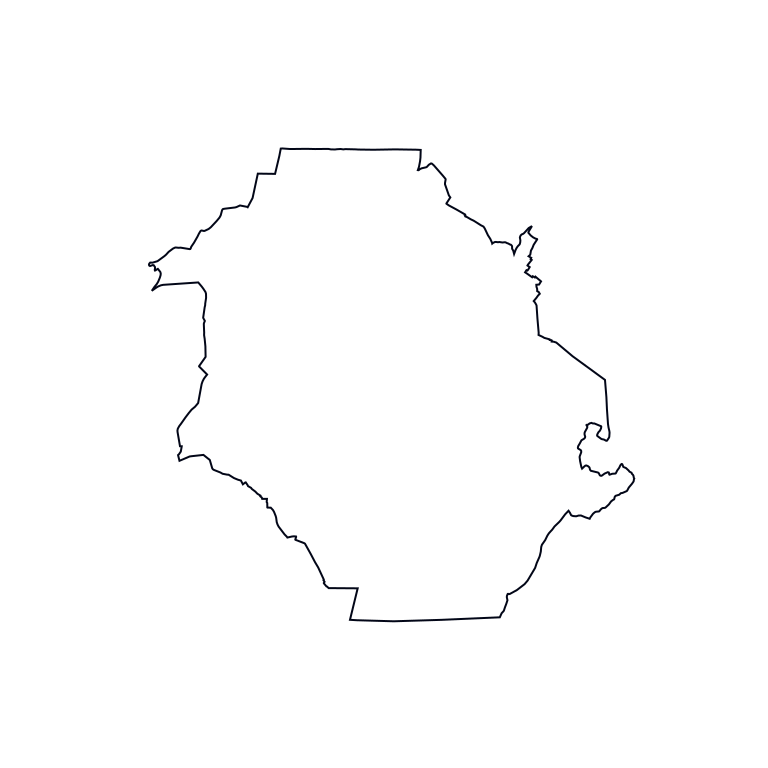 Uthai, Phra Nakhon Si Ayutthaya, Thailand, rotated 213°
{"feature_id": "78962969B29377906715784", "entity_name": "Uthai", "entity_type": "district", "adm_level": 2, "iso_a3": "THA", "parent_name": "Thailand", "parent_adm1": "Phra Nakhon Si Ayutthaya", "projection": "equal_earth", "projection_center": [100.697, 14.357], "detail": "fine", "context": "isolated", "style": "outline", "palette": "ink", "viewbox_px": 768, "rotation_deg": 213, "n_neighbors": 0, "source": "geoboundaries", "source_scale": "gbopen_adm2", "svg_char_len": 6130}
<svg xmlns="http://www.w3.org/2000/svg" viewBox="0 0 768 768"><g transform="rotate(213 384 384)"><path d="M345.9,597.0L347.6,593.6L348.7,586.8L349.1,585.7L350.0,584.4L350.3,583.0L350.1,581.7L349.8,580.8L347.9,578.8L347.0,577.2L346.5,575.8L346.3,574.9L346.8,572.5L346.9,570.7L346.7,568.3L345.7,563.9L348.2,566.2L350.2,567.2L351.5,569.1L352.1,569.6L353.4,569.9L354.4,569.6L356.3,569.5L357.3,569.2L359.2,569.0L360.0,568.6L361.7,567.2L364.6,565.9L365.6,565.0L367.5,564.1L368.3,563.5L369.4,561.7L369.7,560.7L370.3,561.3L373.9,563.6L377.9,565.4L384.2,569.3L386.3,570.2L389.2,569.9L397.8,569.8L400.8,569.4L405.3,569.2L407.1,568.8L407.3,568.9L407.5,569.7L408.3,569.7L408.4,570.3L418.2,569.8L426.8,569.1L429.8,569.2L430.0,569.4L430.0,576.6L432.3,577.5L441.6,584.7L442.3,585.8L443.7,589.1L444.1,589.5L448.2,590.8L461.2,594.5L463.8,594.9L464.7,594.6L465.8,592.3L466.3,589.4L466.7,588.7L469.8,585.5L470.6,584.3L471.1,583.3L471.3,582.4L471.6,582.0L472.1,581.8L472.9,585.1L475.1,590.5L476.7,593.7L480.7,600.3L484.5,598.1L502.5,586.8L520.3,574.8L533.3,566.6L535.3,565.5L544.4,559.9L545.9,558.6L548.3,557.5L551.3,555.3L552.7,554.1L556.2,551.9L558.8,550.8L569.8,543.5L577.1,539.0L590.6,530.0L597.5,526.2L598.8,525.2L596.0,518.3L589.8,500.9L604.4,491.7L595.5,468.4L594.6,458.0L595.3,458.0L602.0,455.3L604.1,452.0L605.1,450.9L612.9,444.4L614.3,443.1L614.5,442.3L614.4,441.4L612.8,436.5L612.6,434.0L613.1,429.7L614.6,421.2L615.5,418.5L617.8,414.8L618.3,414.3L620.6,413.4L621.0,412.9L621.2,412.2L621.1,409.3L620.7,406.1L620.3,399.1L620.4,394.1L620.0,392.5L620.0,391.7L620.4,391.3L628.8,387.6L630.4,386.4L633.1,385.0L633.6,384.5L634.7,382.7L636.2,378.6L636.6,377.5L637.2,373.8L637.8,371.7L640.6,364.3L640.9,363.6L644.2,359.7L646.2,358.5L646.4,357.3L646.3,356.4L645.5,355.5L644.5,355.5L642.6,357.9L641.8,358.2L639.7,357.3L639.1,356.4L638.4,354.8L637.9,354.4L637.6,354.7L636.6,357.1L636.4,357.4L632.8,356.2L632.3,355.9L631.3,354.9L630.6,353.5L629.9,351.1L629.1,346.8L629.0,344.1L629.4,340.5L629.5,335.7L627.7,340.3L626.7,342.5L624.9,345.2L623.2,346.9L595.1,368.0L590.1,366.5L587.4,365.5L583.8,363.9L582.4,362.7L580.1,359.3L577.7,354.0L576.9,352.7L576.2,350.7L571.8,341.2L571.5,340.9L568.6,339.3L568.1,336.8L567.6,335.9L562.9,329.3L561.5,327.0L559.0,324.2L554.3,318.3L548.4,309.6L548.8,298.3L548.6,298.0L537.5,295.6L537.8,292.4L537.9,290.3L537.6,287.4L536.9,284.6L529.5,266.8L530.1,262.0L531.4,257.7L531.9,253.4L532.3,247.9L532.6,239.8L532.8,237.3L532.6,234.3L531.9,232.5L531.0,231.3L521.2,220.7L519.7,221.6L517.6,216.6L517.7,213.4L518.0,212.2L513.7,208.2L507.5,217.4L506.0,218.7L496.8,226.2L488.7,225.4L482.1,219.7L481.1,219.3L479.9,219.3L472.9,220.7L470.5,220.8L466.3,222.5L464.9,223.3L458.6,223.4L454.3,224.2L451.4,225.1L447.7,223.0L446.7,225.9L446.4,226.2L443.3,224.9L442.4,224.3L438.9,224.5L437.7,224.0L433.4,223.7L430.4,223.0L426.8,223.1L426.6,222.4L424.6,222.2L423.6,221.3L419.6,223.9L418.1,221.1L417.1,220.6L414.6,216.9L414.4,216.9L411.6,218.6L408.4,217.8L406.5,216.8L403.1,214.4L401.7,213.2L398.7,209.7L396.8,208.2L394.7,207.0L385.5,203.7L382.3,203.0L381.4,202.6L378.2,205.9L376.6,207.2L374.7,208.2L374.4,207.9L373.7,205.3L373.4,205.1L364.0,207.1L363.2,207.0L352.8,201.5L344.8,197.0L339.3,194.3L328.0,187.2L327.8,187.0L327.9,186.5L326.1,185.7L326.1,184.3L325.9,184.1L322.0,182.9L321.5,183.1L319.9,182.8L319.2,182.7L318.9,182.9L294.8,198.3L284.1,167.7L278.1,171.1L246.6,190.3L207.5,217.4L159.8,251.4L160.5,255.8L160.0,258.7L160.1,259.5L160.9,262.5L161.7,266.2L162.7,269.9L164.8,272.0L165.4,273.0L165.6,273.6L165.9,275.3L165.7,275.6L165.1,275.7L164.5,276.1L164.1,276.5L160.3,283.6L157.1,292.7L156.5,297.3L157.1,312.1L158.4,317.0L159.5,323.8L159.8,324.9L161.2,328.8L163.4,333.0L164.0,335.2L163.8,340.9L164.4,345.8L164.4,348.5L164.0,351.2L163.6,353.4L163.4,357.4L161.9,363.8L161.6,365.8L161.1,373.4L160.2,378.2L158.0,377.3L155.6,375.9L154.5,376.0L153.4,376.3L150.8,377.7L149.1,379.7L147.2,381.0L142.3,381.9L138.1,383.0L138.3,384.3L138.0,389.1L137.3,391.4L136.7,392.3L134.3,394.2L134.1,394.8L133.9,396.9L133.4,398.5L133.0,399.1L131.3,400.4L130.9,401.1L129.8,405.5L129.6,409.2L128.9,411.3L128.2,412.6L128.3,413.1L129.0,414.9L128.9,416.3L126.4,419.3L125.9,421.4L124.6,422.6L122.1,426.4L122.0,427.2L122.3,430.5L121.7,435.3L121.6,437.7L121.7,438.5L122.4,440.0L122.6,441.0L123.3,441.3L124.8,442.9L125.7,443.4L127.1,443.7L128.1,444.4L130.3,444.2L131.8,444.7L135.3,445.3L138.1,444.8L140.3,446.4L140.8,446.5L141.1,446.4L141.3,446.0L141.5,444.6L141.1,441.8L141.3,438.4L141.0,435.9L141.0,435.2L141.3,434.8L143.7,433.0L145.4,430.8L145.8,430.8L146.7,431.8L147.3,432.2L148.3,431.9L150.2,429.0L151.4,425.8L151.7,425.4L152.5,425.0L153.3,425.0L155.3,426.2L156.3,426.3L163.2,423.9L164.5,424.3L166.1,425.8L166.6,426.0L168.5,426.2L170.1,425.8L170.7,425.1L171.1,423.9L171.8,420.9L173.3,421.9L177.5,426.1L180.2,429.3L180.5,430.1L181.4,434.1L182.1,435.2L183.0,435.7L185.8,435.6L186.3,435.7L186.8,436.3L187.3,437.7L187.4,440.7L187.7,443.9L187.7,444.4L186.4,447.1L186.2,448.4L186.5,449.3L188.3,450.9L189.1,452.1L189.4,453.2L189.7,457.3L189.8,458.1L190.1,458.7L190.5,459.1L191.8,459.8L191.6,460.3L191.0,460.4L190.1,462.9L188.8,464.4L187.5,464.6L186.0,465.5L178.9,466.8L178.5,466.5L177.8,464.9L177.5,462.5L177.9,460.3L177.7,458.1L177.4,457.1L176.8,456.6L172.0,456.3L171.3,456.4L169.3,457.2L166.7,457.4L166.1,458.0L166.1,461.6L166.3,462.4L168.3,466.0L169.4,467.3L172.0,469.8L174.4,472.5L183.3,484.3L190.4,494.2L200.9,507.8L241.0,510.0L262.1,512.6L264.7,511.9L266.5,510.9L267.0,511.9L267.5,511.9L269.1,511.1L269.4,511.2L269.6,511.6L274.6,510.0L276.8,509.9L281.1,509.3L282.1,511.1L291.0,522.5L298.8,532.9L299.7,533.5L301.9,534.6L303.6,535.1L303.1,539.3L303.0,542.0L302.5,544.5L304.3,545.4L306.1,545.3L306.8,546.4L307.6,547.4L309.0,548.5L310.3,550.2L308.1,551.9L308.2,555.6L315.5,556.5L315.5,555.5L317.9,555.4L317.9,554.2L324.6,554.5L326.5,554.5L326.5,557.1L325.5,557.3L325.4,558.5L325.5,561.4L328.2,561.5L328.3,562.4L327.7,568.5L329.1,568.6L329.2,570.0L332.3,569.9L331.8,571.8L331.8,572.2L333.4,575.9L333.6,578.8L334.3,582.3L334.3,588.7L334.5,588.9L336.5,588.4L338.9,588.2L341.9,588.5L345.3,589.5L345.7,590.5L345.9,597.0Z" fill="none" stroke="#020617" stroke-width="2"/></g></svg>